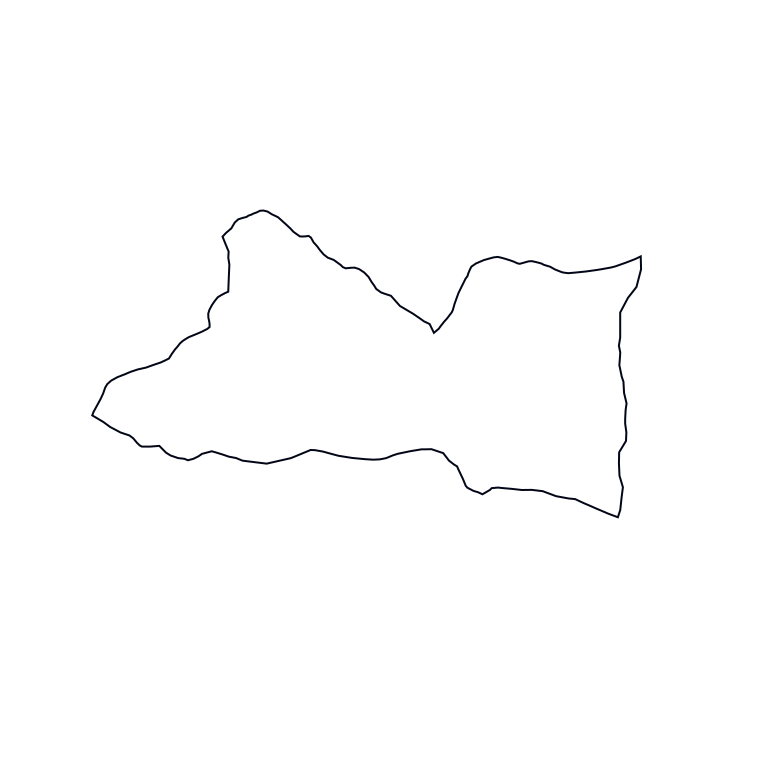 Wangchang, Paro, Bhutan (Mercator projection), rotated 160°
{"feature_id": "84629894B96317495800587", "entity_name": "Wangchang", "entity_type": "district", "adm_level": 2, "iso_a3": "BTN", "parent_name": "Bhutan", "parent_adm1": "Paro", "projection": "mercator", "projection_center": [89.426, 27.411], "detail": "fine", "context": "isolated", "style": "outline", "palette": "ink", "viewbox_px": 768, "rotation_deg": 160, "n_neighbors": 0, "source": "geoboundaries", "source_scale": "gbopen_adm2", "svg_char_len": 3153}
<svg xmlns="http://www.w3.org/2000/svg" viewBox="0 0 768 768"><g transform="rotate(160 384 384)"><path d="M227.6,194.8L218.2,186.0L215.8,183.9L209.8,178.8L205.1,184.8L199.1,197.0L194.8,205.3L194.1,217.2L190.4,229.0L186.4,239.4L176.1,247.7L172.8,255.6L170.9,264.4L169.2,269.0L165.8,277.0L162.7,282.8L161.5,293.4L158.2,304.3L158.1,309.5L156.4,321.2L152.5,329.8L151.2,332.9L150.2,339.6L146.2,346.8L137.6,370.4L125.3,381.5L113.6,388.8L103.2,403.9L99.1,416.1L105.0,415.5L109.3,415.4L115.3,415.3L126.3,415.4L130.6,415.8L139.4,417.3L145.2,418.4L155.5,420.6L166.2,423.3L172.9,425.1L176.3,426.8L178.6,428.2L184.1,433.1L187.8,437.4L193.0,441.3L194.9,443.4L199.0,446.3L202.9,448.8L206.1,449.8L212.7,450.3L215.3,450.5L217.4,451.8L220.1,454.5L223.5,457.3L227.3,460.2L230.5,462.5L233.6,464.5L237.7,465.5L247.7,466.3L256.4,465.8L261.7,464.4L263.8,462.5L266.9,459.2L268.7,456.8L271.3,455.1L279.4,447.4L282.9,444.0L285.7,440.7L290.4,435.0L294.0,430.0L295.9,428.1L298.5,426.5L302.0,424.2L306.3,421.9L311.0,419.0L313.6,417.2L319.6,415.0L320.6,424.7L325.0,429.2L327.8,433.3L332.9,440.4L342.3,451.8L347.3,464.5L352.4,468.5L355.5,471.1L358.8,476.0L359.6,480.0L360.8,484.2L361.9,489.9L364.5,495.6L368.1,500.5L371.8,503.4L375.6,504.6L380.4,505.8L382.7,507.9L383.9,510.5L387.1,515.3L388.9,517.9L393.6,521.9L396.4,526.4L398.5,532.0L399.5,535.6L400.8,539.0L401.7,541.1L402.6,546.6L404.3,549.0L407.0,549.5L410.5,550.6L412.6,551.5L417.0,557.9L419.0,562.6L421.5,567.5L426.5,576.9L428.9,579.4L431.3,581.8L434.5,585.9L437.9,588.2L441.2,589.2L444.8,588.8L448.5,588.8L450.9,588.5L453.6,588.6L456.1,588.0L460.0,588.4L464.6,588.6L469.0,586.8L474.2,582.5L480.8,580.0L485.3,577.7L485.1,570.9L484.7,561.6L487.1,556.0L488.5,549.0L493.1,537.9L498.8,524.0L502.3,523.8L507.0,523.1L510.5,522.4L514.8,519.8L518.7,517.0L522.7,513.4L525.1,510.2L526.3,506.6L526.8,502.9L527.3,500.4L528.4,497.2L531.2,496.2L537.9,495.4L543.4,495.1L551.3,494.8L555.1,494.1L558.4,493.3L561.9,491.9L564.7,490.1L568.8,487.8L573.0,484.9L577.4,481.5L581.8,481.0L586.4,480.6L595.1,480.8L601.9,480.8L610.5,481.9L618.0,482.1L623.7,481.8L632.1,481.6L639.2,480.5L644.0,478.6L647.3,475.9L651.2,471.1L655.5,466.8L660.6,462.3L666.5,457.1L668.9,454.3L660.5,444.0L656.0,437.2L648.1,428.5L640.8,422.7L638.2,418.7L636.3,413.4L634.5,409.7L632.9,408.0L625.3,405.2L616.3,402.7L612.3,394.0L609.0,389.8L602.8,384.8L597.2,382.0L594.3,379.4L588.7,378.9L583.1,379.5L578.9,380.6L568.9,379.7L565.8,377.5L559.6,372.8L554.8,368.9L548.3,365.0L543.1,360.3L521.5,349.3L496.9,346.2L493.7,346.3L475.5,347.1L471.4,345.4L464.5,341.4L457.3,336.3L451.3,332.1L439.2,325.4L427.2,319.7L419.8,316.5L413.6,314.6L407.3,313.6L400.0,313.9L394.9,313.7L389.3,312.9L382.5,311.9L371.2,309.8L368.7,308.9L361.7,306.5L352.0,298.8L350.1,292.9L349.2,289.9L345.7,284.3L343.5,281.6L343.3,278.2L342.3,267.6L342.1,262.8L342.0,260.3L341.0,257.9L336.4,252.9L332.6,250.1L329.2,246.7L324.1,247.6L320.8,248.2L318.4,249.3L312.3,247.7L309.1,246.1L300.1,241.9L290.4,237.1L287.1,236.0L284.0,234.9L281.4,234.0L271.5,229.0L263.2,221.9L260.6,219.7L249.5,213.2L243.8,210.5L242.1,208.8L238.5,205.2L236.8,203.5L232.6,199.6L227.6,194.8Z" fill="none" stroke="#020617" stroke-width="2"/></g></svg>